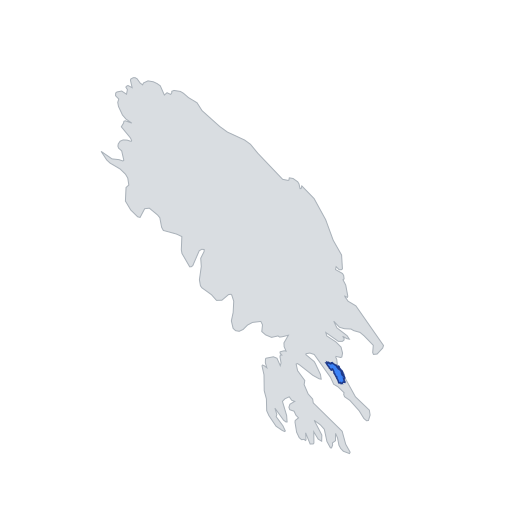 Eyja- og Miklaholtshreppur, Vesturland, Iceland (highlighted), rotated 237°
{"feature_id": "244011B92076156941754", "entity_name": "Eyja- og Miklaholtshreppur", "entity_type": "district", "adm_level": 2, "iso_a3": "ISL", "parent_name": "Iceland", "parent_adm1": "Vesturland", "projection": "natural_earth1", "projection_center": [-22.557, 64.849], "detail": "fine", "context": "in_parent", "style": "filled", "palette": "blue", "viewbox_px": 512, "rotation_deg": 237, "n_neighbors": 0, "source": "geoboundaries", "source_scale": "gbopen_adm2", "svg_char_len": 7532}
<svg xmlns="http://www.w3.org/2000/svg" viewBox="0 0 512 512"><g transform="rotate(237 256 256)"><path d="M391.2,190.9L395.7,191.1L403.0,189.4L413.4,184.2L417.9,183.1L428.1,183.1L415.9,188.1L411.5,193.5L408.2,196.1L408.3,197.3L417.3,200.6L421.4,199.5L423.3,200.0L425.0,201.5L426.3,204.6L425.7,207.8L423.4,211.0L420.1,213.7L420.6,214.6L423.4,215.0L437.7,213.4L439.6,217.3L440.9,218.6L440.6,220.0L435.1,224.2L441.7,221.5L447.0,220.8L456.3,222.1L460.1,223.7L462.4,226.4L466.9,225.5L469.1,227.1L469.3,228.7L467.5,233.2L462.2,235.5L465.6,238.8L468.4,238.8L468.9,239.6L468.7,241.5L464.6,243.8L471.7,246.4L472.6,247.3L472.4,250.2L471.3,251.8L469.3,252.8L464.3,253.0L461.3,254.1L462.4,255.9L461.7,260.8L458.0,264.8L454.4,267.0L450.9,268.4L440.9,266.8L441.4,270.3L438.0,272.4L438.7,274.2L440.0,275.1L439.5,277.4L435.2,282.2L432.0,283.8L425.7,285.6L416.6,290.0L407.3,289.9L384.4,296.1L375.5,299.5L359.5,309.6L352.7,312.2L341.0,313.5L305.8,320.1L301.9,324.1L301.8,325.0L303.4,326.5L300.8,329.3L295.5,331.4L293.0,331.3L288.5,329.6L288.0,330.5L289.8,332.6L272.5,336.0L248.5,334.2L227.1,329.3L210.2,328.3L198.2,321.5L197.9,320.4L199.1,318.3L203.4,317.4L201.3,315.3L194.2,319.0L191.9,318.9L188.8,317.4L188.7,316.0L182.7,315.4L172.3,311.1L171.5,310.1L174.0,308.6L173.5,308.4L167.9,308.6L159.8,312.6L111.5,314.2L109.8,312.1L107.8,304.2L109.5,300.9L111.5,301.3L117.2,305.7L130.1,303.2L135.3,301.6L140.2,297.3L143.0,295.9L146.9,290.5L150.8,287.2L159.0,285.7L151.7,284.7L139.5,289.0L135.4,289.0L137.3,287.1L141.5,285.0L138.6,284.9L137.5,283.9L137.4,281.9L139.5,278.6L153.8,272.9L150.5,271.8L140.5,276.2L133.3,277.7L127.4,275.7L124.6,273.0L124.7,271.8L128.2,268.4L127.6,267.7L125.3,267.4L118.9,264.2L108.8,264.5L83.8,262.7L65.0,267.1L60.5,265.1L56.8,260.7L57.6,259.0L60.9,258.0L70.1,258.2L83.7,256.1L89.8,253.6L92.2,254.2L93.4,255.4L101.7,253.5L106.1,251.3L113.6,252.4L141.7,251.2L145.3,248.3L146.8,244.8L146.1,244.1L135.8,247.3L133.5,247.2L121.5,245.5L117.2,243.6L118.6,242.1L124.9,238.7L141.0,233.2L143.3,232.1L143.5,230.8L137.1,228.4L125.0,229.1L121.9,226.3L111.9,224.6L105.2,225.6L101.6,224.0L62.1,232.8L49.3,228.7L40.2,228.1L39.4,226.8L44.7,222.9L48.4,222.2L52.1,222.5L59.0,225.3L63.9,226.1L57.8,222.1L57.6,218.3L55.7,217.3L53.9,214.8L54.6,213.9L61.9,214.5L73.4,218.9L79.1,218.1L86.5,215.3L70.0,213.7L64.9,210.2L68.6,208.4L77.1,208.7L67.6,202.7L67.2,201.7L68.8,199.0L80.7,201.3L74.5,197.8L74.3,197.0L76.1,196.4L77.1,194.2L80.1,193.3L86.1,194.1L95.4,198.2L96.7,199.3L97.1,203.5L100.7,202.8L105.1,203.4L108.7,200.6L111.2,201.2L113.2,203.7L113.0,209.3L115.5,207.4L119.8,207.2L120.5,202.6L119.7,199.0L105.5,194.8L99.9,191.7L100.5,190.7L103.3,189.7L118.1,189.0L111.8,187.2L110.2,185.4L99.0,186.1L93.3,185.3L93.2,184.4L95.4,183.0L102.3,180.1L115.2,179.9L120.4,180.7L130.5,186.9L138.5,189.5L152.0,198.0L160.6,201.2L161.0,202.1L159.6,203.1L156.3,204.2L161.4,205.7L164.5,207.9L164.8,208.8L162.0,215.7L158.8,217.9L150.8,216.6L152.7,218.8L158.4,221.2L159.7,222.5L158.9,223.7L161.6,223.3L162.5,224.1L161.2,228.0L159.8,229.4L164.6,230.2L167.9,232.1L171.9,240.0L174.0,234.0L175.1,231.7L177.0,230.9L179.3,224.7L184.6,221.1L189.5,219.7L194.8,224.0L198.5,224.4L202.2,216.9L202.7,211.3L201.4,205.2L202.0,200.9L204.5,198.2L207.8,197.4L215.0,200.0L221.1,206.1L230.2,212.7L236.4,214.4L237.5,214.2L238.6,212.0L237.5,203.3L240.3,198.7L247.7,197.6L258.8,193.3L261.3,193.2L266.9,195.6L277.0,204.4L284.2,208.4L288.0,214.9L289.7,216.1L291.2,214.1L291.3,211.2L282.4,197.8L282.2,196.0L283.0,194.5L298.4,195.3L301.8,196.7L312.7,204.4L317.8,201.2L327.9,192.2L331.5,192.5L340.5,196.2L344.0,195.8L354.2,192.6L356.3,188.4L351.5,179.8L353.3,178.1L362.8,176.0L373.2,176.4L384.2,184.3L384.8,188.0L391.2,190.9Z" fill="#d9dde1" stroke="#a8b0b8" stroke-width="1"/><path d="M128.2,256.5L127.5,256.6L126.5,256.5L125.0,256.5L124.2,256.6L123.7,256.7L123.3,256.8L122.8,256.6L121.8,256.5L121.5,256.6L121.1,256.8L120.8,256.9L119.9,256.9L119.3,256.9L119.2,257.0L119.3,257.2L119.1,257.6L119.2,257.8L119.4,258.1L119.6,258.2L119.8,258.3L119.8,258.5L119.7,258.6L119.3,258.7L118.8,258.6L118.2,258.6L117.1,258.4L116.6,258.4L116.3,258.1L116.0,258.0L115.4,257.8L115.1,257.8L114.9,257.6L114.5,257.9L113.9,257.8L113.8,257.7L113.7,257.6L113.2,257.6L112.6,257.7L111.9,257.5L111.3,257.4L111.3,257.6L111.1,257.7L110.9,257.9L110.7,257.9L110.4,257.7L110.2,257.7L109.3,257.1L108.3,257.2L108.1,257.2L107.6,257.1L106.9,257.0L106.1,256.8L105.4,256.6L105.2,256.5L104.9,256.4L104.3,256.4L104.2,256.5L103.9,257.9L103.3,257.8L102.6,257.8L102.5,258.1L102.4,258.5L102.5,258.6L102.4,258.7L102.5,258.7L102.6,258.8L102.5,259.0L102.6,259.3L102.6,259.5L102.7,260.0L102.8,260.3L102.8,260.5L102.7,260.5L101.6,261.7L101.9,262.0L102.2,262.1L103.3,262.2L103.8,262.1L104.4,262.2L104.5,262.7L105.7,262.8L105.3,263.3L105.3,263.8L105.8,264.0L106.1,264.1L106.1,264.3L107.0,264.4L107.5,264.5L108.4,264.8L109.6,265.4L109.4,265.2L109.2,264.9L109.0,265.0L108.9,264.9L108.3,264.7L108.0,264.6L107.6,264.4L107.3,264.2L107.5,264.1L107.4,264.0L107.1,264.0L107.4,263.9L107.5,263.8L107.8,263.9L108.0,263.8L108.3,263.8L108.5,263.8L108.6,263.7L108.8,263.6L108.9,263.8L108.9,263.7L109.1,263.7L109.3,263.6L109.6,263.5L109.9,263.6L110.0,263.7L109.9,263.7L110.0,263.7L110.0,263.8L110.1,263.7L110.3,263.7L110.5,263.6L111.0,263.8L111.3,264.0L111.2,264.0L111.4,264.1L111.4,264.3L111.1,264.4L111.2,264.5L110.9,264.5L110.7,264.6L111.0,264.6L111.4,264.6L111.2,264.8L111.5,264.7L111.5,264.8L111.8,264.6L112.2,264.5L112.3,264.6L112.6,264.6L112.5,264.8L112.5,265.0L112.3,265.0L112.0,265.1L112.1,265.3L111.8,265.2L111.7,265.0L111.7,265.3L111.5,265.2L111.2,265.1L110.6,265.1L110.4,265.0L110.4,264.9L110.0,265.0L110.4,265.1L111.2,265.3L111.5,265.4L111.7,265.5L112.0,265.5L112.1,265.4L112.4,265.4L112.5,265.3L112.7,265.2L112.8,265.2L113.1,265.2L113.4,265.1L113.7,265.2L114.4,265.3L114.6,265.3L115.1,265.2L115.3,265.2L115.5,265.1L115.1,265.0L114.9,265.1L114.6,265.1L113.8,265.0L113.8,264.9L114.2,264.8L114.4,264.7L114.5,264.7L115.1,264.4L115.1,264.2L115.4,264.2L115.6,264.1L115.4,264.1L115.6,264.1L115.8,264.0L116.0,263.8L116.3,263.7L116.6,263.6L116.8,263.5L117.0,263.6L116.9,263.6L117.0,263.6L117.1,263.8L116.9,263.8L117.1,263.9L117.3,263.9L117.4,264.0L117.5,264.1L117.4,264.1L117.5,264.1L117.8,264.0L118.0,263.8L118.2,264.0L118.5,264.0L118.5,263.9L118.4,263.8L118.2,263.8L118.2,263.7L118.7,263.6L118.8,263.5L118.9,263.4L119.1,263.4L119.2,263.5L119.3,263.6L119.4,263.8L119.2,263.9L119.2,264.0L119.7,263.9L120.0,263.9L120.2,264.0L120.5,264.0L120.6,263.9L120.7,263.7L120.9,263.7L121.0,263.6L120.9,263.6L120.7,263.6L120.8,263.5L120.9,263.4L120.8,263.2L121.1,263.0L122.2,262.9L122.5,262.7L123.3,262.2L123.7,262.1L124.0,262.1L124.5,262.0L124.8,261.8L125.0,261.8L125.0,261.7L125.2,261.4L124.8,261.3L124.7,261.2L124.8,261.1L125.0,261.2L125.2,260.9L125.3,260.8L125.2,260.7L124.8,260.5L124.8,260.4L124.8,260.2L124.9,259.8L125.5,259.6L125.4,259.5L125.4,259.4L125.5,259.3L125.8,259.2L126.0,259.0L126.5,259.1L127.0,259.1L127.4,258.9L127.5,258.7L127.2,258.5L127.2,258.4L127.7,258.1L127.3,258.1L127.2,258.1L127.1,257.9L127.3,257.7L127.5,257.5L127.4,257.4L127.6,257.3L127.6,257.2L127.8,257.0L128.0,256.9L128.1,256.7L128.2,256.5ZM116.5,264.8L115.8,264.8L115.6,264.8L116.1,264.9L116.5,265.0L116.7,264.9L116.5,264.8ZM117.4,264.7L117.0,264.8L117.1,265.0L117.4,264.9L117.4,264.7ZM118.3,265.4L118.5,265.3L118.3,265.1L118.2,265.1L118.1,265.3L118.3,265.4ZM110.9,265.0L111.1,264.9L110.9,264.9L110.9,265.0ZM117.0,264.5L116.9,264.5L117.0,264.6L117.0,264.5ZM110.3,264.3L110.3,264.2L110.2,264.2L110.3,264.3L110.2,264.3L110.3,264.3Z" fill="#3b82f6" stroke="#1e3a8a" stroke-width="1.5"/></g></svg>